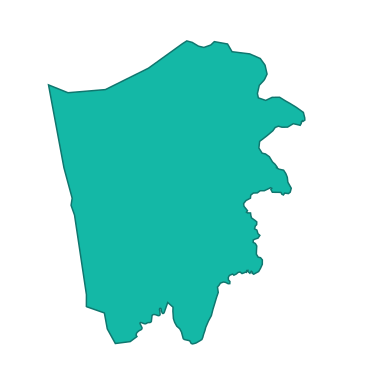 the district of Bertie, North Carolina, United States of America, rotated 260°
{"feature_id": "52423323B7787272397887", "entity_name": "Bertie", "entity_type": "district", "adm_level": 2, "iso_a3": "USA", "parent_name": "United States of America", "parent_adm1": "North Carolina", "projection": "albers", "projection_center": [-77.103, 36.03], "detail": "fine", "context": "isolated", "style": "filled", "palette": "teal", "viewbox_px": 384, "rotation_deg": 260, "n_neighbors": 0, "source": "geoboundaries", "source_scale": "gbopen_adm2", "svg_char_len": 2908}
<svg xmlns="http://www.w3.org/2000/svg" viewBox="0 0 384 384"><g transform="rotate(260 192 192)"><path d="M336.2,240.1L333.5,236.0L332.3,228.8L334.5,223.7L339.3,218.2L341.7,213.1L339.7,208.3L321.5,170.6L307.9,124.5L311.3,87.1L322.4,69.3L238.0,70.1L206.7,72.9L199.9,70.6L189.7,72.3L109.2,70.2L97.6,68.1L97.2,68.5L88.1,84.7L71.9,84.8L56.1,90.2L55.4,105.2L59.2,112.7L60.7,112.1L62.3,112.7L63.3,113.6L64.5,115.6L65.3,118.1L65.7,118.7L66.7,119.2L67.1,119.2L71.6,117.9L72.1,118.1L72.4,118.5L72.3,119.1L71.8,120.1L70.9,121.5L70.4,122.6L70.3,123.3L70.4,124.0L70.9,125.3L71.0,126.0L70.8,127.4L70.8,128.3L71.1,129.0L71.6,129.5L77.3,131.2L77.9,132.0L78.0,133.1L77.8,134.0L77.4,135.0L76.5,136.5L76.1,137.2L76.0,137.9L76.1,138.7L76.9,139.3L78.6,139.5L80.6,139.6L81.5,139.5L82.3,139.6L82.9,140.0L83.0,140.5L82.7,141.1L82.3,141.2L81.4,141.3L80.4,141.2L79.4,141.3L77.9,141.7L77.5,142.0L77.4,142.8L77.8,143.4L78.5,143.9L87.4,148.9L81.9,153.3L78.0,152.5L70.5,151.7L66.6,152.3L62.5,153.7L59.4,156.2L55.9,157.3L49.1,157.9L48.1,158.8L45.9,163.9L43.0,164.9L42.3,166.1L42.3,166.3L42.4,168.1L42.6,169.8L43.3,171.7L44.1,173.9L45.0,176.1L47.0,177.4L47.9,177.8L49.8,178.7L53.4,180.7L56.3,182.0L62.1,185.8L66.9,189.6L72.7,192.2L78.8,195.3L83.8,197.8L88.5,200.4L94.0,200.6L95.5,202.5L97.3,204.1L97.9,207.3L97.2,209.3L95.4,211.7L95.2,213.3L97.3,213.8L99.1,212.6L101.6,212.9L103.3,214.3L103.7,215.6L104.1,217.8L102.8,218.8L103.6,221.5L104.7,223.2L104.9,225.4L103.0,227.1L103.4,229.4L103.9,230.9L103.7,230.7L103.4,231.6L104.0,231.8L105.2,232.3L105.1,233.5L104.0,233.2L101.9,234.9L102.8,235.8L103.6,236.6L102.4,237.6L101.7,237.1L100.3,238.5L100.7,239.6L102.1,243.8L104.9,246.2L108.6,248.7L112.9,249.5L115.4,248.1L116.3,245.9L119.6,244.6L123.4,245.4L127.6,246.4L130.3,245.4L131.8,243.5L134.1,244.0L134.7,246.1L135.1,249.0L137.5,251.3L139.5,249.7L143.2,249.3L144.9,247.2L147.6,248.5L148.6,250.0L151.3,250.6L152.9,249.3L156.2,246.1L158.4,245.9L161.2,246.0L161.8,243.0L162.7,242.1L164.0,243.4L168.9,240.7L171.6,240.8L174.2,243.7L175.8,248.5L178.7,249.3L180.3,252.2L179.8,256.2L181.4,259.4L180.7,263.4L182.0,268.1L182.6,270.1L181.8,271.2L180.7,270.1L177.8,271.1L177.2,274.2L176.2,279.4L174.1,280.2L173.2,281.5L174.8,283.1L173.7,286.7L174.8,288.7L178.5,290.4L185.0,288.1L189.9,288.4L193.8,287.6L197.6,286.0L199.4,281.6L201.2,279.5L201.6,280.2L204.9,278.6L207.6,276.5L213.3,274.3L216.7,271.0L218.1,267.8L223.7,265.5L230.1,267.4L234.5,275.8L238.3,282.3L241.1,285.1L241.8,288.5L240.2,291.8L239.3,297.4L241.7,303.6L239.8,308.1L238.9,310.1L240.6,311.5L242.0,311.8L243.0,313.1L242.2,313.4L243.2,315.6L245.4,315.9L251.0,315.5L257.1,309.6L262.1,304.0L265.2,300.2L270.1,294.7L271.3,287.3L269.4,280.5L273.2,273.7L277.6,273.5L285.4,276.8L289.4,282.1L290.3,283.0L290.8,283.4L295.1,286.4L303.4,286.0L303.8,286.0L304.1,285.9L304.6,285.8L311.6,282.4L318.0,272.8L323.2,255.8L331.6,252.7L336.2,240.1Z" fill="#14b8a6" stroke="#0f766e" stroke-width="1.5"/></g></svg>